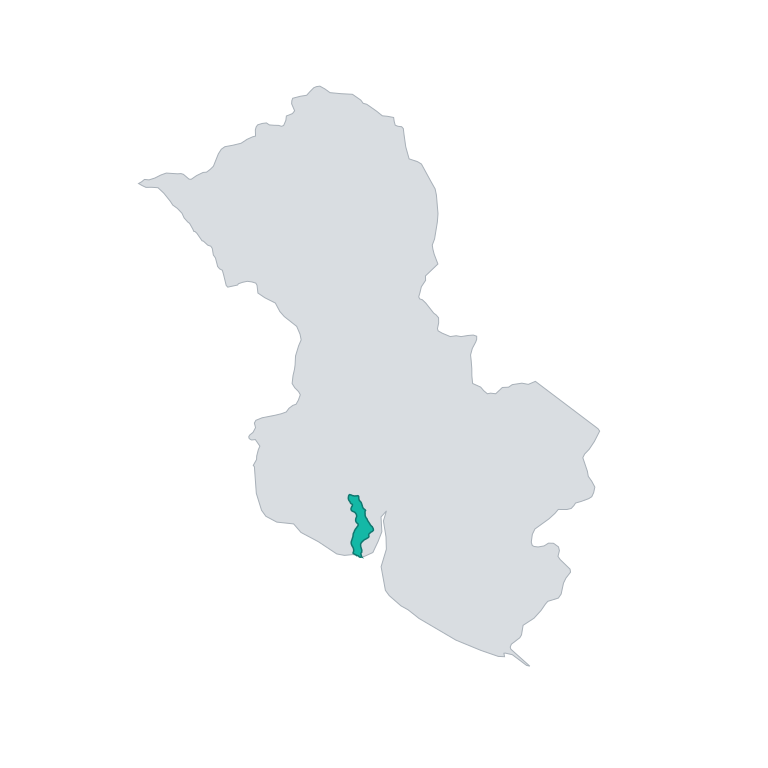 III-3 Lower West Demerara, Essequibo Islands-West Demerara, Guyana (highlighted), rotated 169°
{"feature_id": "73187651B37275521975426", "entity_name": "III-3 Lower West Demerara", "entity_type": "district", "adm_level": 2, "iso_a3": "GUY", "parent_name": "Guyana", "parent_adm1": "Essequibo Islands-West Demerara", "projection": "mercator", "projection_center": [-58.314, 6.498], "detail": "fine", "context": "in_parent", "style": "filled", "palette": "teal", "viewbox_px": 768, "rotation_deg": 169, "n_neighbors": 0, "source": "geoboundaries", "source_scale": "gbopen_adm2", "svg_char_len": 5925}
<svg xmlns="http://www.w3.org/2000/svg" viewBox="0 0 768 768"><g transform="rotate(169 384 384)"><path d="M234.9,357.7L217.4,338.2L199.7,318.5L182.4,299.2L181.3,296.6L188.5,287.4L195.0,280.8L200.4,277.0L202.9,273.7L201.0,259.5L201.1,254.4L198.6,248.8L196.7,242.6L198.9,237.4L201.5,233.8L204.9,232.4L213.0,231.1L218.7,230.6L220.7,228.5L224.0,226.1L228.4,225.9L236.9,227.6L240.7,224.5L247.7,220.2L263.5,212.9L267.1,208.1L269.6,200.7L269.3,197.2L267.7,195.9L263.8,194.6L257.8,194.5L252.9,196.4L248.0,195.3L243.8,190.8L243.6,187.0L246.1,181.6L244.6,178.1L236.7,166.8L236.8,163.7L242.5,158.7L245.8,154.3L250.2,144.0L253.7,140.6L264.7,139.4L267.5,137.2L273.1,131.7L281.4,125.5L293.5,120.6L296.9,111.5L299.1,109.0L308.6,104.3L310.3,101.7L310.1,99.5L294.7,79.2L297.8,80.6L309.7,93.8L316.3,96.7L317.7,96.8L317.7,93.3L323.8,94.8L339.4,103.8L362.2,118.8L394.3,147.1L403.5,157.8L409.6,162.9L419.2,175.2L422.0,181.2L421.7,205.2L413.2,221.4L411.2,233.5L410.7,249.7L405.8,259.0L412.3,254.0L414.3,239.4L419.9,230.5L427.1,220.7L436.7,218.4L447.1,222.5L455.5,223.3L462.8,226.2L478.5,241.7L493.8,254.1L499.4,263.9L515.6,268.9L525.2,276.7L528.3,283.4L530.2,301.0L527.0,327.6L527.9,329.0L523.5,334.2L522.7,337.6L519.9,343.5L517.7,346.7L520.9,354.0L524.6,354.3L526.0,355.3L526.9,356.7L526.7,358.3L525.3,359.7L521.8,361.5L518.4,365.7L518.7,370.4L516.7,372.8L510.0,374.1L496.8,374.1L490.4,374.4L485.3,375.2L481.9,378.3L477.6,380.4L474.2,380.9L471.2,384.4L468.2,389.4L469.3,392.8L472.3,397.3L474.1,402.0L471.7,409.6L469.1,415.4L467.6,419.8L465.5,428.4L460.5,437.8L456.9,443.1L456.9,448.9L458.7,457.2L469.0,469.2L472.4,475.0L475.2,484.2L484.5,491.4L490.4,497.3L489.8,505.1L490.6,507.5L494.2,509.4L498.6,510.9L503.5,510.8L507.8,510.2L508.8,509.1L518.9,508.9L520.1,510.9L520.6,522.0L521.0,526.5L523.4,528.4L524.9,531.1L525.0,533.6L525.4,539.9L526.9,543.2L526.7,549.8L527.7,552.3L530.5,553.9L534.0,558.7L535.3,559.3L536.0,561.0L539.0,567.8L540.5,569.8L541.6,570.1L542.1,572.5L544.2,578.8L545.7,580.4L548.5,585.1L549.7,590.1L553.4,595.9L557.2,599.9L558.9,604.1L563.7,613.3L568.4,619.8L574.8,621.5L580.1,622.4L583.5,624.9L586.7,627.6L583.2,628.8L580.1,630.5L575.7,629.2L569.6,629.9L563.3,631.7L557.5,632.6L546.5,629.7L543.2,629.3L540.9,628.1L536.3,622.3L534.2,621.7L528.3,624.3L521.2,626.2L517.8,625.8L513.7,627.8L509.9,630.3L502.7,641.5L498.9,645.5L494.9,647.3L486.9,647.2L478.3,647.6L471.8,650.3L465.8,651.7L462.8,651.9L461.8,658.0L460.4,660.8L458.5,662.5L453.8,663.0L449.6,662.7L447.1,660.2L442.4,658.9L438.2,658.0L435.4,656.5L433.2,656.9L431.4,659.5L430.0,661.6L428.7,665.7L422.3,666.9L419.6,669.2L421.2,676.7L420.4,679.7L419.1,681.9L411.4,682.4L404.8,682.2L401.1,685.0L396.4,688.2L393.5,688.8L390.1,688.6L385.7,684.9L381.4,680.3L370.5,677.1L359.7,674.4L352.6,667.1L350.9,663.5L347.6,661.9L339.2,653.2L334.5,647.6L329.5,646.1L323.7,643.8L323.9,639.7L323.6,635.9L321.1,634.3L317.6,633.2L316.3,631.0L316.7,625.9L317.4,612.8L316.4,600.2L308.6,595.8L305.3,592.8L299.4,574.2L296.6,565.8L296.5,559.5L298.5,540.9L300.7,532.9L306.7,516.7L310.1,511.2L310.3,507.1L310.0,501.9L308.2,491.5L318.3,485.0L322.7,482.2L323.4,477.8L328.8,472.3L331.2,467.0L333.3,462.9L332.7,460.7L330.3,459.4L327.5,455.4L321.7,444.1L319.6,441.8L317.8,438.6L318.7,433.5L321.0,428.1L320.7,425.8L317.2,422.8L309.9,417.9L303.9,417.6L299.3,415.8L292.4,415.6L287.0,415.0L283.9,413.2L284.5,410.2L285.9,407.8L290.5,402.1L293.5,396.0L294.0,390.0L294.9,382.2L296.2,375.3L296.9,367.6L289.7,362.5L287.4,358.4L284.4,354.7L281.2,354.7L276.2,353.1L268.5,358.0L262.4,357.1L258.2,358.9L248.5,358.5L242.4,356.1L234.9,357.7Z" fill="#d9dde1" stroke="#a8b0b8" stroke-width="1"/><path d="M438.9,282.0L439.6,281.6L440.1,280.9L440.5,279.8L440.8,278.9L440.9,278.0L440.8,277.1L440.6,276.3L440.3,275.7L439.9,275.1L439.8,274.3L439.6,273.5L439.2,272.9L438.4,272.3L438.0,271.7L438.2,270.9L438.5,270.2L439.2,269.6L439.6,268.9L440.0,268.3L440.3,267.5L440.2,266.8L440.1,266.0L439.6,265.5L438.8,264.8L438.1,264.4L437.4,263.8L436.9,263.3L436.6,262.6L436.2,261.8L436.0,260.9L436.0,260.0L436.1,259.2L436.7,258.2L437.2,257.5L437.6,256.6L437.8,255.9L437.9,255.1L437.8,254.3L437.6,253.6L437.2,252.9L436.8,252.3L436.2,251.6L436.2,250.9L436.4,250.2L437.0,249.4L437.8,248.8L438.3,248.3L438.8,247.8L439.4,247.3L439.9,246.9L440.3,246.3L440.9,245.7L441.2,245.1L441.6,244.4L442.1,243.8L442.6,243.2L442.9,242.4L443.2,241.5L443.4,240.8L443.6,240.1L444.0,239.5L444.4,238.7L444.8,238.0L445.2,237.2L445.7,236.4L446.2,235.5L446.5,234.6L446.6,233.9L446.6,233.1L446.5,232.3L446.3,231.6L446.1,230.7L445.7,229.8L445.5,229.1L445.4,227.9L445.4,227.2L445.5,226.4L445.7,225.6L446.5,224.4L446.6,223.6L445.7,222.8L444.1,221.6L443.6,220.7L442.6,220.6L441.9,220.1L441.2,218.9L440.1,218.4L439.0,218.4L438.8,218.3L439.1,218.8L439.0,219.7L439.0,220.6L439.2,221.4L439.0,222.2L438.5,222.7L437.9,223.2L437.8,224.0L437.5,224.8L437.5,225.5L437.6,226.3L437.7,227.2L437.8,228.2L437.9,229.2L437.7,230.1L437.6,230.9L437.3,231.7L436.7,232.3L436.2,232.8L435.5,233.3L434.9,233.7L434.1,234.2L433.5,234.6L432.7,235.0L431.9,235.1L431.1,235.4L430.4,235.6L429.6,236.0L428.6,236.3L428.1,236.8L427.8,237.5L427.9,238.3L427.8,239.0L427.3,239.7L426.6,240.1L425.9,240.6L425.2,241.0L424.4,241.3L423.6,241.5L422.9,242.0L422.3,242.5L422.2,243.2L422.2,244.1L422.4,244.8L422.6,245.5L422.8,246.2L423.4,246.9L423.9,247.7L424.4,248.6L424.6,249.4L424.9,250.2L425.3,251.0L425.5,251.6L425.8,252.3L426.1,253.0L426.3,253.9L426.4,254.7L426.7,255.4L427.1,256.0L427.3,256.7L427.5,257.6L427.6,258.4L427.5,259.4L427.3,260.2L427.2,261.1L427.1,262.1L426.7,262.9L426.2,263.5L426.6,264.2L427.2,264.9L427.7,265.4L428.2,266.3L428.5,267.3L428.5,268.2L428.6,269.1L428.7,269.9L428.8,270.7L428.9,271.6L429.2,272.5L429.7,273.3L430.2,274.1L430.5,274.8L430.6,275.6L430.6,276.4L430.5,277.2L430.3,278.2L430.5,279.0L431.1,279.4L431.8,279.3L432.7,279.5L433.6,279.6L434.5,279.7L435.2,280.1L435.9,280.3L436.6,280.7L437.2,281.2L437.8,281.5L438.9,282.0Z" fill="#14b8a6" stroke="#0f766e" stroke-width="1.5"/></g></svg>